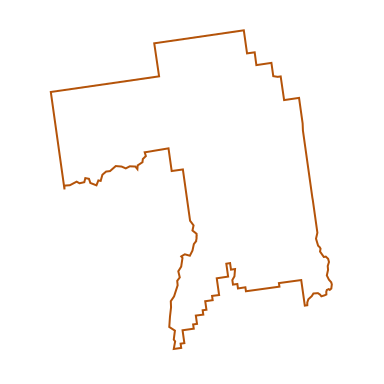 the district of Missoula, Montana, United States of America, rotated 262°
{"feature_id": "52423323B78038885777810", "entity_name": "Missoula", "entity_type": "district", "adm_level": 2, "iso_a3": "USA", "parent_name": "United States of America", "parent_adm1": "Montana", "projection": "natural_earth1", "projection_center": [-114.278, 47.116], "detail": "fine", "context": "isolated", "style": "outline", "palette": "amber", "viewbox_px": 384, "rotation_deg": 262, "n_neighbors": 0, "source": "geoboundaries", "source_scale": "gbopen_adm2", "svg_char_len": 1909}
<svg xmlns="http://www.w3.org/2000/svg" viewBox="0 0 384 384"><g transform="rotate(262 192 192)"><path d="M39.1,152.1L39.1,159.6L43.4,159.6L43.4,163.4L56.4,163.4L56.4,174.7L60.7,174.7L60.7,178.6L69.1,178.6L69.0,186.1L73.4,186.1L73.4,189.9L82.0,189.9L82.0,197.4L86.3,197.4L86.2,204.5L103.1,204.5L103.2,216.0L116.2,216.0L116.3,219.8L109.7,219.8L109.7,223.9L102.6,222.3L99.2,219.7L94.6,219.7L94.6,224.1L90.1,224.1L90.2,231.6L86.2,231.6L86.1,265.4L89.7,265.4L89.6,287.9L63.8,287.9L63.8,290.4L66.6,290.8L69.6,292.3L72.2,296.1L74.6,298.1L74.3,302.6L72.6,304.5L70.7,305.6L71.2,308.8L71.8,310.8L74.6,311.1L76.2,311.9L76.8,313.9L75.9,314.8L77.0,316.5L80.3,317.4L81.0,317.6L83.2,317.3L86.1,315.4L90.6,313.9L96.0,315.9L99.8,316.1L103.6,317.9L106.9,317.5L109.4,315.5L109.3,313.5L115.2,310.5L118.0,311.4L119.5,310.8L121.3,309.4L128.5,308.3L134.2,310.5L167.2,310.5L169.8,310.4L237.5,310.4L244.5,311.1L270.3,311.1L270.2,296.0L294.1,295.9L294.1,292.9L295.4,288.6L308.8,288.6L308.7,273.4L321.6,273.5L321.6,265.8L344.9,265.8L344.5,175.3L311.1,175.5L310.7,66.1L276.5,66.1L212.3,66.1L216.1,66.5L215.7,72.0L218.3,79.2L216.3,81.8L216.7,86.7L220.6,88.3L219.4,91.8L215.1,92.6L211.9,98.3L216.5,100.9L215.7,103.1L221.6,105.7L224.2,109.8L224.1,113.7L228.3,120.1L227.0,125.8L224.6,129.7L226.1,134.0L225.1,139.4L222.3,141.1L225.9,141.9L228.4,147.1L231.5,147.9L234.0,151.3L237.9,150.7L237.9,152.2L238.5,174.8L215.6,174.8L215.6,186.1L163.8,186.1L158.7,188.9L153.8,187.1L150.0,190.7L149.3,190.6L148.9,190.6L148.6,190.5L148.0,190.6L147.6,190.3L147.0,190.3L146.7,190.1L146.2,190.2L145.6,190.1L144.4,189.7L144.0,189.6L143.4,189.3L143.0,189.3L142.8,189.3L140.2,186.6L133.9,184.3L129.2,181.0L131.3,176.2L129.7,172.4L128.0,173.4L119.6,170.9L115.4,167.4L109.1,168.0L106.1,165.0L101.6,164.8L91.1,159.7L86.8,155.8L80.7,155.2L71.9,152.9L61.5,150.7L57.1,155.8L48.4,153.4L46.4,154.5L39.1,152.1Z" fill="none" stroke="#b45309" stroke-width="2"/></g></svg>